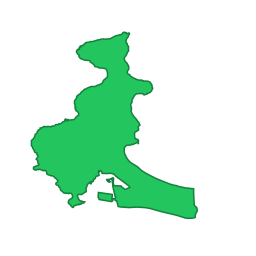 outline of Son Tra, Đà Nẵng, Vietnam, rotated 286°
{"feature_id": "81297802B64444176527608", "entity_name": "Son Tra", "entity_type": "district", "adm_level": 2, "iso_a3": "VNM", "parent_name": "Vietnam", "parent_adm1": "Đà Nẵng", "projection": "natural_earth1", "projection_center": [108.275, 16.103], "detail": "fine", "context": "isolated", "style": "filled", "palette": "green", "viewbox_px": 256, "rotation_deg": 286, "n_neighbors": 0, "source": "geoboundaries", "source_scale": "gbopen_adm2", "svg_char_len": 5687}
<svg xmlns="http://www.w3.org/2000/svg" viewBox="0 0 256 256"><g transform="rotate(286 128 128)"><path d="M60.5,217.2L64.4,216.6L66.7,217.4L68.9,217.0L70.6,215.9L71.8,213.2L73.1,212.6L84.5,208.7L87.6,207.9L87.5,206.0L87.1,205.3L86.9,202.7L86.3,200.5L85.8,192.5L86.0,189.9L85.7,188.7L85.7,183.1L87.2,168.7L89.4,157.8L90.6,153.7L91.1,152.2L93.3,148.0L95.6,139.8L97.1,137.3L98.5,135.4L102.3,131.9L104.5,130.8L107.5,130.0L108.7,130.1L110.8,131.4L111.4,132.2L112.0,134.6L113.4,136.4L113.4,137.1L116.0,140.2L116.8,140.6L116.9,140.8L116.7,141.4L115.9,142.0L116.3,142.3L117.3,141.7L118.5,141.7L119.0,141.4L119.2,140.8L119.6,140.8L119.7,140.6L119.3,140.1L119.6,139.4L119.6,138.5L119.9,138.4L120.0,137.6L120.7,137.1L124.6,135.7L125.6,135.9L126.7,136.6L127.2,137.4L128.3,137.9L128.7,138.6L130.1,138.5L131.1,137.6L131.9,137.6L133.3,138.0L134.0,138.7L136.6,136.6L136.9,135.8L139.5,132.6L140.1,131.3L141.5,129.5L143.5,127.3L144.5,126.9L144.8,126.5L145.2,126.3L147.6,126.1L151.5,124.0L152.1,124.1L153.6,124.8L156.7,124.0L157.3,124.5L159.5,124.9L161.7,125.6L163.2,126.7L164.4,129.8L164.6,131.2L165.1,132.1L165.1,132.8L164.3,133.9L164.4,134.8L164.6,135.1L165.5,136.0L165.8,137.0L166.6,137.1L168.1,139.3L170.1,140.4L171.6,140.5L172.4,140.9L173.5,140.5L173.8,140.0L175.7,139.3L176.2,138.9L176.5,138.2L177.2,137.8L178.0,136.8L178.4,135.2L178.4,133.8L177.9,131.5L177.4,130.5L177.7,129.5L177.3,129.0L177.9,128.2L177.0,125.1L177.0,123.4L177.7,118.9L178.3,117.1L178.5,116.1L179.7,114.9L180.0,112.8L180.5,112.4L182.1,111.7L184.7,112.5L187.1,111.8L188.1,111.1L190.1,109.1L191.2,107.2L192.1,106.2L193.7,105.2L195.2,105.4L198.4,106.5L200.5,106.5L201.9,107.3L202.3,107.2L203.9,106.9L204.7,106.3L205.8,106.3L206.5,106.0L207.0,105.5L207.3,104.8L207.6,104.4L208.8,104.0L210.2,102.1L213.6,102.1L215.6,103.0L216.7,102.9L218.6,103.5L219.5,103.2L219.6,102.7L218.3,100.8L218.4,100.3L218.9,100.2L219.2,99.9L218.9,97.5L218.2,96.9L216.8,96.4L216.1,95.8L213.1,90.6L208.8,86.1L207.1,81.4L206.8,79.6L206.0,78.2L205.9,77.3L204.8,76.2L204.5,74.9L202.0,71.2L200.9,69.2L200.8,68.1L200.0,67.3L198.5,63.9L197.4,63.2L195.5,62.3L195.3,61.9L194.9,62.0L194.6,61.1L194.1,60.7L194.0,60.1L193.5,59.6L193.1,60.0L193.0,59.5L192.5,59.7L192.4,59.2L192.0,59.0L191.5,59.3L190.7,59.0L190.6,59.6L190.4,59.6L190.0,59.2L190.0,58.5L189.5,58.5L189.3,57.8L188.3,57.3L186.9,57.5L185.3,59.1L184.4,61.0L183.3,61.1L182.5,61.8L181.6,63.3L181.5,65.9L181.2,66.9L181.5,68.2L181.6,69.6L182.1,71.4L182.0,72.8L180.9,73.7L180.5,75.4L179.6,77.4L178.9,78.4L177.9,79.3L178.2,82.5L177.8,83.3L177.8,83.9L178.6,87.4L178.6,88.6L178.8,88.9L178.8,90.3L178.0,91.3L176.3,92.6L173.5,93.7L171.2,94.1L167.2,91.4L163.5,90.7L162.8,89.6L161.7,88.7L160.9,87.0L159.3,85.4L158.7,84.5L157.8,81.3L155.6,78.3L153.8,76.7L153.3,75.5L151.7,74.7L149.6,73.2L147.9,72.7L146.4,71.3L144.6,70.1L143.7,70.0L143.4,70.4L142.3,70.3L141.4,69.7L138.8,69.1L138.1,69.6L137.0,69.7L135.3,70.9L133.4,71.4L133.5,71.7L132.7,71.7L132.7,72.2L131.2,72.3L131.0,72.9L130.2,73.4L130.2,74.0L129.2,75.8L128.3,76.6L127.0,76.9L123.7,74.8L123.1,74.8L121.5,74.0L120.9,73.1L119.2,68.9L119.3,68.6L119.7,68.5L119.7,68.3L118.9,67.7L118.4,67.9L118.0,67.5L118.5,66.8L119.4,66.6L119.4,65.4L118.8,65.3L118.2,64.9L118.0,65.0L117.9,65.5L116.9,65.0L116.4,64.6L116.0,63.7L114.3,62.7L113.2,61.6L112.9,60.8L113.1,60.4L112.2,59.9L111.7,59.1L111.7,58.4L111.1,57.5L109.6,56.6L109.3,56.2L109.1,54.6L107.9,53.7L107.5,50.5L106.7,49.4L106.7,48.3L106.1,46.6L105.8,46.7L105.2,45.7L104.5,45.3L103.8,43.6L102.9,43.9L101.9,43.0L101.6,43.0L101.3,42.3L100.2,42.1L99.3,41.7L98.8,42.0L97.9,41.8L96.3,40.5L94.5,40.7L92.8,40.4L90.7,39.6L89.4,38.6L84.4,40.0L83.8,41.0L82.0,42.4L80.8,43.7L80.6,44.2L79.8,44.4L79.1,45.1L78.8,46.0L79.0,46.9L78.9,47.3L77.3,47.7L76.7,48.8L75.9,49.5L72.8,48.3L72.0,49.9L69.4,51.2L68.5,52.5L68.1,52.6L67.7,52.3L64.5,48.1L63.5,48.1L62.4,48.6L62.1,49.6L62.1,50.9L62.3,51.4L63.2,52.3L63.3,53.6L64.0,54.2L63.6,58.4L63.7,59.1L64.4,59.7L64.4,60.3L64.0,61.3L61.2,63.0L60.8,67.1L61.2,68.2L61.2,68.9L60.8,70.0L59.9,71.5L59.7,72.6L58.9,73.6L58.3,74.8L57.8,75.3L57.0,75.3L55.4,74.0L54.1,74.1L53.6,74.9L53.4,77.1L52.3,77.8L52.0,78.7L51.5,79.3L50.3,79.9L49.4,80.7L49.1,82.0L47.8,84.3L48.3,87.0L48.8,87.7L48.5,89.1L49.4,90.1L49.6,90.6L49.4,91.6L48.6,92.7L47.2,93.5L45.4,93.7L42.7,91.3L41.2,90.9L39.9,91.1L38.9,92.0L38.1,94.1L36.9,95.3L36.4,96.8L36.6,97.3L38.1,97.6L38.5,98.0L41.2,101.8L40.8,102.1L42.3,104.2L42.8,103.9L43.8,106.3L45.0,106.7L44.8,106.2L45.0,103.3L44.8,102.8L44.9,101.7L45.5,100.8L47.8,98.7L49.4,97.9L50.7,99.0L51.2,101.8L53.9,103.9L55.2,105.3L55.5,105.4L56.1,105.0L59.3,104.2L60.2,104.6L62.1,104.5L63.9,105.3L64.8,106.2L64.1,107.3L64.3,107.9L64.6,107.9L64.5,107.3L65.1,106.4L65.6,106.4L66.4,107.9L66.2,108.4L66.8,109.0L67.6,109.4L68.3,108.8L70.4,110.4L73.1,110.7L73.5,112.1L73.8,112.6L74.7,113.3L76.3,112.1L77.3,112.4L77.5,111.9L78.2,111.6L79.1,111.9L79.1,112.2L78.8,112.9L79.4,113.8L78.6,114.5L78.3,115.2L77.2,115.6L78.6,121.0L79.3,122.4L79.8,125.1L79.7,127.4L78.4,129.4L72.5,144.9L71.6,146.1L68.4,142.8L68.3,141.8L69.8,137.8L70.2,137.7L70.4,137.4L68.7,130.5L70.1,129.5L72.2,128.7L75.1,128.2L75.9,127.8L76.0,127.4L75.8,126.9L74.4,125.5L73.4,124.0L72.7,121.8L72.3,121.7L71.0,123.4L70.8,124.1L70.9,125.2L71.2,125.7L71.5,125.8L71.8,124.3L71.7,124.0L72.1,123.4L73.6,124.9L74.5,126.7L66.5,130.1L58.7,134.5L58.8,135.0L58.3,135.3L56.8,135.2L55.6,132.1L59.5,131.4L59.8,131.1L57.9,117.3L53.4,118.3L51.3,120.0L52.7,132.5L53.5,133.2L54.1,133.4L54.5,133.2L54.5,132.3L55.2,132.1L56.3,135.1L54.9,135.5L54.7,135.9L54.9,137.1L54.3,137.6L49.8,140.2L50.1,143.1L51.8,151.0L54.3,158.0L56.2,166.5L56.7,170.8L56.8,183.2L57.5,198.7L57.3,207.8L57.6,210.2L58.4,212.9L59.8,216.3L60.5,217.2Z" fill="#22c55e" stroke="#15803d" stroke-width="1.5"/></g></svg>